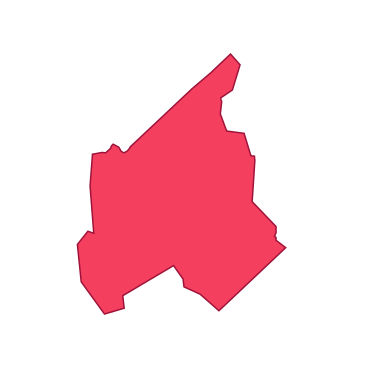 the district of Avery, North Carolina, United States of America, rotated 18°
{"feature_id": "52423323B91612624851462", "entity_name": "Avery", "entity_type": "district", "adm_level": 2, "iso_a3": "USA", "parent_name": "United States of America", "parent_adm1": "North Carolina", "projection": "orthographic", "projection_center": [-81.908, 36.099], "detail": "fine", "context": "isolated", "style": "filled", "palette": "rose", "viewbox_px": 384, "rotation_deg": 18, "n_neighbors": 0, "source": "geoboundaries", "source_scale": "gbopen_adm2", "svg_char_len": 1025}
<svg xmlns="http://www.w3.org/2000/svg" viewBox="0 0 384 384"><g transform="rotate(18 192 192)"><path d="M85.7,186.9L93.2,217.8L111.3,261.6L105.1,261.5L99.2,277.3L114.4,311.7L146.5,335.1L163.4,323.5L158.2,312.0L170.0,298.6L172.1,296.2L172.4,295.8L197.2,267.7L210.6,277.7L210.6,278.0L210.7,278.3L213.7,284.7L231.3,286.7L254.3,296.6L298.3,216.0L287.0,212.0L286.8,211.9L286.5,211.1L286.5,210.8L286.2,210.5L286.2,209.7L285.6,209.1L284.7,208.7L284.2,208.8L284.2,208.5L284.5,204.8L284.5,204.7L282.6,198.9L252.2,182.6L242.1,142.8L240.3,138.6L240.1,138.6L239.0,138.9L238.5,139.2L238.3,139.3L237.7,139.2L237.1,139.0L236.7,139.2L223.4,120.1L206.1,123.3L194.8,109.0L192.5,97.7L192.5,97.2L191.6,96.0L191.3,95.7L190.7,94.7L190.5,94.0L190.3,93.5L198.9,82.5L198.4,56.2L186.0,48.9L176.8,65.8L173.2,72.5L160.1,93.8L119.2,168.4L119.3,169.1L117.9,172.9L115.2,175.8L112.2,175.3L108.5,172.0L102.2,170.9L101.1,173.1L101.1,175.6L97.8,181.4L94.2,182.2L86.5,186.4L86.2,187.0L85.7,186.9Z" fill="#f43f5e" stroke="#9f1239" stroke-width="1.5"/></g></svg>